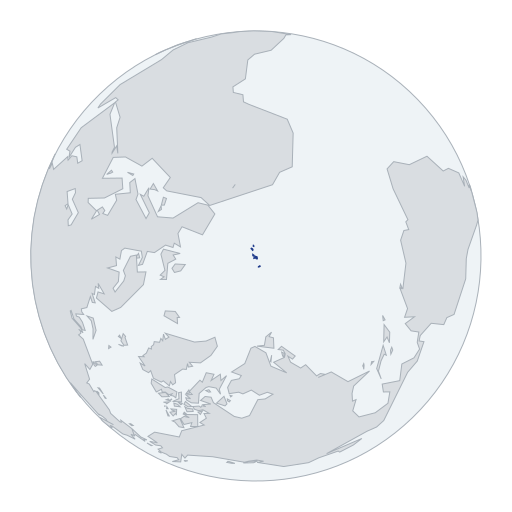 the Earth from above Azores, rotated 226°
{"feature_id": "PRT-735", "entity_name": "Azores", "entity_type": "Autonomous region", "adm_level": 1, "iso_a3": "PRT", "parent_name": "Portugal", "parent_adm1": "", "projection": "orthographic", "projection_center": [-27.949, 38.331], "detail": "medium", "context": "on_globe", "style": "filled", "palette": "blue", "viewbox_px": 512, "rotation_deg": 226, "n_neighbors": 0, "source": "natural_earth", "source_scale": "10m", "svg_char_len": 10864}
<svg xmlns="http://www.w3.org/2000/svg" viewBox="0 0 512 512"><g transform="rotate(226 256 256)"><circle cx="256" cy="256" r="225" fill="#eef3f6" stroke="#a8b0b8"/><path d="M133.9,445.3L127.6,440.6L125.1,436.3L113.5,413.1L108.0,405.4L93.9,391.0L76.4,357.9L79.1,350.5L76.2,343.4L85.9,335.3L84.7,318.9L81.6,314.3L77.7,317.3L68.4,299.0L67.0,284.3L48.9,233.6L49.2,224.0L52.8,214.2L64.8,169.5L51.2,205.4L52.4,194.8L56.8,180.0L58.6,179.6L67.2,161.0L70.8,150.3L85.3,129.7L106.8,113.4L103.1,118.9L108.7,114.8L113.7,107.9L115.7,104.4L141.7,85.4L160.3,68.5L160.0,64.5L164.9,64.8L160.2,58.8L166.3,53.0L163.1,58.9L165.7,59.2L171.8,54.6L175.7,53.9L180.9,51.6L185.1,51.4L183.0,55.5L185.6,55.7L189.7,52.5L196.5,50.8L190.1,55.3L201.3,53.0L199.7,60.7L179.1,75.1L181.9,81.2L170.4,101.3L175.2,100.0L173.8,107.6L178.8,109.2L175.3,113.0L182.3,111.0L184.6,107.3L188.5,105.3L191.6,106.0L187.6,110.8L185.5,111.2L185.9,113.0L182.6,115.2L186.0,114.5L180.9,120.7L190.6,115.8L190.3,121.8L185.6,125.6L180.1,123.5L155.7,128.9L149.2,133.1L145.7,140.5L151.4,157.5L146.8,163.3L144.8,172.2L150.1,169.5L153.5,161.7L162.8,159.5L165.9,150.8L170.1,148.9L175.6,141.1L181.2,144.3L183.6,151.9L179.3,158.7L180.2,162.4L189.5,157.9L186.4,173.2L193.2,188.3L191.7,192.4L179.5,195.9L166.4,190.2L150.6,196.9L167.3,194.9L163.3,206.0L165.3,209.1L169.3,210.2L173.3,207.0L173.3,211.6L156.8,214.7L156.5,210.6L161.8,209.4L155.6,207.1L144.4,210.3L143.3,216.2L127.7,216.3L126.7,220.7L122.7,223.6L125.4,216.4L120.3,229.6L101.7,234.9L94.4,257.8L94.6,235.9L90.4,229.6L84.6,224.6L83.2,228.2L77.4,218.0L68.7,218.3L60.4,232.9L58.4,248.6L65.3,257.9L69.7,253.2L76.2,257.8L66.5,272.8L77.0,285.9L73.0,298.9L75.4,309.0L81.9,312.0L88.2,320.3L94.4,315.6L103.7,316.4L102.2,327.8L108.7,320.3L112.9,328.5L132.4,337.0L130.5,339.0L146.7,358.9L166.9,371.0L171.6,380.1L168.9,384.2L176.5,387.5L176.6,390.5L209.1,401.3L227.6,410.8L228.2,420.6L215.2,429.7L209.0,448.3L187.1,449.7L185.4,455.3L174.9,459.6L161.2,454.5L169.1,460.0L164.7,459.7L156.9,456.6L159.0,458.6L153.4,456.0L159.6,459.3L156.9,458.3L133.9,445.3ZM91.2,264.6L103.4,285.4L94.1,280.8L96.3,280.0L93.7,273.1L88.1,264.1L80.6,260.7L91.2,264.6ZM102.0,257.5L99.6,254.8L102.2,256.5L102.0,257.5ZM115.9,103.1L113.4,107.9L107.5,114.7L109.0,110.6L115.9,103.1ZM127.8,91.6L127.8,93.3L121.5,96.8L123.5,94.7L127.8,91.6ZM158.9,62.1L156.1,64.7L157.4,62.5L158.9,62.1ZM180.9,51.3L180.4,50.8L183.3,49.8L180.9,51.3ZM172.2,139.9L173.9,140.5L172.0,141.6L172.2,139.9ZM173.1,136.1L169.7,137.1L169.6,135.4L171.7,134.9L173.1,136.1ZM192.4,48.8L197.2,47.7L191.9,49.5L192.4,48.8ZM177.3,135.5L169.8,132.4L169.7,129.6L177.6,125.4L177.3,135.5ZM199.7,47.4L211.4,45.1L211.3,43.7L218.1,46.8L205.9,47.4L199.5,49.8L201.7,47.9L199.7,47.4ZM184.0,105.8L181.7,109.8L180.7,105.9L184.0,105.8ZM182.4,103.8L173.8,95.7L178.8,90.5L180.7,94.1L184.8,87.2L191.4,88.7L190.6,92.8L186.1,95.7L192.1,94.1L182.4,103.8ZM220.0,49.1L222.5,49.4L219.4,49.9L220.0,49.1ZM189.9,104.2L187.8,102.8L191.9,98.2L197.0,100.1L194.0,100.9L189.9,104.2ZM182.6,84.9L186.6,82.0L193.0,82.3L195.5,81.3L192.0,88.3L182.6,84.9ZM194.7,102.4L199.5,101.2L200.4,104.2L192.3,105.2L194.7,102.4ZM190.8,96.2L193.0,94.2L193.5,95.9L190.8,96.2ZM206.3,114.6L203.6,112.7L205.6,110.1L206.3,114.6ZM201.2,100.6L200.9,99.6L201.4,98.5L204.6,98.4L201.2,100.6ZM196.8,88.1L198.6,89.0L198.5,85.3L203.4,85.6L200.2,90.3L203.6,88.5L205.1,88.6L200.8,92.4L196.8,88.1ZM209.3,94.9L206.9,101.5L211.5,105.4L209.9,107.8L202.8,101.2L209.3,94.9ZM204.7,93.0L207.2,94.7L203.9,96.6L200.2,96.7L204.7,93.0ZM207.8,84.3L201.2,82.5L202.1,81.6L207.8,84.3ZM211.3,95.6L211.8,94.0L212.0,95.7L211.3,95.6ZM209.6,87.2L207.2,86.7L208.3,85.6L209.6,87.2ZM215.0,91.5L214.2,93.6L211.6,93.6L215.0,91.5ZM213.0,89.2L215.2,87.9L211.2,92.4L211.7,89.1L213.0,89.2ZM211.1,86.3L210.9,85.5L211.9,86.7L211.1,86.3ZM225.1,90.5L220.7,96.1L215.1,96.0L220.1,90.5L225.1,90.5ZM244.6,31.0L247.7,31.8L233.7,36.3L240.4,34.1L242.6,34.7L247.2,34.2L251.7,33.0L250.0,32.7L275.8,33.6L293.9,34.5L283.7,32.8L281.5,32.2L283.8,32.4L300.3,35.1L316.6,39.0L332.5,44.1L348.1,50.4L363.1,57.8L377.5,66.3L391.2,75.8L404.2,86.4L416.4,97.8L427.7,110.2L438.1,123.3L447.4,137.2L455.7,151.8L462.9,166.9L469.0,182.5L468.2,180.6L462.2,167.8L464.2,173.9L458.9,170.6L458.3,189.5L455.5,187.4L456.0,193.2L451.8,196.0L446.6,192.2L445.3,197.1L458.5,206.8L459.6,201.6L456.8,189.8L460.6,195.0L464.3,194.0L469.7,219.4L464.4,260.8L459.4,249.4L432.5,229.7L430.8,224.8L430.5,224.4L429.9,223.8L432.0,232.3L425.8,227.9L445.0,244.9L450.2,254.6L464.4,261.9L464.1,265.3L467.4,265.1L472.3,245.1L473.3,249.6L473.7,277.4L462.9,324.5L461.8,339.5L456.7,355.2L444.4,376.0L439.9,385.3L432.7,394.6L428.5,400.5L419.5,410.8L406.7,423.2L390.9,435.0L394.3,431.1L393.2,427.2L393.5,409.8L402.2,395.1L402.7,386.3L390.8,371.4L393.7,356.9L389.4,353.3L381.1,358.6L375.6,354.1L370.1,356.2L332.7,373.5L318.6,368.1L295.0,344.0L299.8,331.1L295.8,317.4L324.5,257.8L336.1,257.1L364.9,237.0L369.5,236.7L372.0,248.9L398.4,249.2L399.9,236.4L417.9,230.9L426.1,221.8L418.6,199.5L405.1,213.8L396.9,206.9L403.0,187.3L414.0,175.4L411.1,172.4L399.3,172.7L396.8,163.1L394.6,172.3L399.2,173.6L398.0,179.6L393.7,178.8L393.0,175.3L388.3,177.5L392.9,194.5L398.1,197.7L388.8,209.5L396.5,216.2L395.8,222.7L382.5,214.1L380.0,208.9L359.3,202.9L361.2,209.3L380.7,215.6L376.9,216.8L379.5,226.4L374.4,220.1L352.6,212.4L340.9,222.7L334.6,251.3L326.0,256.7L314.8,255.6L308.4,232.2L328.4,223.1L326.4,215.5L315.0,208.0L322.0,206.1L319.8,202.2L326.7,198.5L329.0,185.3L334.8,181.0L328.8,168.6L330.9,164.9L333.9,173.2L339.1,176.9L352.8,167.1L353.4,163.0L348.3,155.9L352.7,154.5L346.0,149.0L350.5,140.9L339.5,146.4L333.2,139.2L332.1,130.8L328.0,129.6L329.9,143.5L332.5,148.3L337.8,150.6L343.0,165.5L339.8,170.6L326.9,159.5L321.0,165.8L313.6,155.1L313.0,122.9L316.3,113.8L336.6,112.0L339.9,117.4L334.2,120.5L346.0,123.4L341.9,120.4L345.6,119.4L340.5,113.0L342.9,112.1L334.0,107.8L336.3,106.0L341.9,108.7L336.4,98.5L339.3,93.7L336.9,91.9L333.6,91.4L339.5,86.2L337.5,85.1L334.8,86.4L329.0,85.2L321.1,81.4L323.6,79.8L326.8,80.9L337.2,81.3L345.3,85.2L345.5,84.2L339.1,80.5L326.4,79.9L320.9,78.2L326.5,77.6L324.0,77.6L322.1,76.3L322.5,73.6L316.2,74.0L291.5,63.3L289.8,57.7L297.6,58.0L283.0,50.7L282.3,46.1L279.8,47.1L271.1,45.1L271.2,46.4L269.3,46.8L247.1,43.6L243.8,42.1L231.3,42.9L230.0,43.6L231.8,44.7L218.1,46.8L211.3,43.7L214.6,42.2L208.2,41.8L216.6,38.8L220.5,36.6L233.5,34.4L235.5,33.3L232.7,33.3L233.3,32.3L242.8,31.1L244.6,31.0ZM321.1,286.3L321.9,290.7L321.9,290.8L321.1,286.3ZM430.1,172.8L433.6,164.9L424.2,157.1L424.8,153.6L421.3,152.5L423.5,156.6L413.9,152.9L412.6,145.9L408.2,142.0L406.8,144.6L410.6,158.3L424.4,163.3L426.9,170.1L430.1,172.8ZM133.1,337.2L135.3,340.4L132.0,339.1L133.1,337.2ZM91.7,284.8L94.8,287.3L96.1,290.3L93.4,289.1L91.7,284.8ZM121.1,302.6L125.3,305.8L120.4,304.5L121.1,302.6ZM105.6,288.3L117.7,300.5L108.3,299.3L100.9,291.7L106.7,294.0L105.6,288.3ZM98.0,263.4L99.7,265.7L98.4,267.5L98.0,263.4ZM103.8,258.8L103.0,258.4L102.6,255.9L103.8,258.8ZM164.2,205.8L165.6,205.7L169.1,207.7L166.4,208.6L164.2,205.8ZM191.0,206.9L190.4,214.3L188.9,209.4L185.0,211.7L177.2,204.8L190.5,194.1L185.9,200.0L191.0,206.9ZM170.4,193.2L173.8,198.4L169.5,193.2L170.4,193.2ZM300.8,185.9L305.5,187.0L306.4,192.3L299.0,199.2L297.6,191.5L300.8,185.9ZM312.0,187.5L301.3,175.3L305.5,171.0L304.9,175.4L308.8,173.8L308.9,180.5L323.4,188.9L325.2,194.2L310.5,203.2L314.3,197.1L309.5,196.1L312.0,187.5ZM266.5,156.6L261.9,152.6L276.9,148.3L279.5,152.6L272.2,159.4L264.9,158.3L266.5,156.6ZM192.5,129.2L189.8,128.9L190.9,127.4L194.1,126.4L192.5,129.2ZM204.9,113.9L205.6,129.4L202.5,129.7L206.6,139.1L200.1,143.6L197.6,137.3L195.7,148.2L190.8,144.3L190.4,151.7L185.7,137.1L181.2,134.5L188.7,135.6L194.8,131.3L196.1,128.7L196.6,119.6L190.1,112.4L195.2,107.6L200.5,106.0L202.8,107.0L198.8,109.8L204.8,109.1L200.7,113.9L204.9,113.9ZM259.5,98.3L253.9,99.8L265.3,101.7L261.3,105.5L262.9,105.5L262.3,109.7L264.4,114.9L261.7,116.2L263.6,117.7L263.3,120.7L265.1,123.3L260.9,126.7L262.8,130.3L259.8,130.0L264.1,135.2L259.0,132.9L258.1,137.0L263.5,137.1L236.8,152.0L229.5,161.0L226.1,170.0L217.9,165.5L215.8,154.5L217.7,141.8L225.9,134.2L220.7,133.8L223.1,130.2L226.2,132.0L222.8,127.1L225.6,124.7L227.3,115.0L220.7,110.1L221.2,106.6L225.1,107.3L222.8,103.5L230.6,102.6L231.1,100.3L239.3,97.3L246.7,100.6L246.7,97.7L252.9,95.7L259.5,98.3ZM227.5,89.8L237.3,92.2L239.9,95.6L224.5,99.3L223.0,101.6L213.2,104.7L209.7,99.8L212.8,99.3L215.0,97.7L215.2,99.9L216.7,97.0L221.0,96.3L223.3,94.0L225.8,95.4L227.5,89.8ZM371.1,230.4L374.0,229.3L377.7,226.3L379.4,232.5L371.1,230.4ZM356.3,225.4L358.4,223.3L362.6,230.2L359.6,231.6L356.3,225.4ZM355.9,216.7L358.1,222.7L355.2,220.3L355.9,216.7ZM335.5,171.1L337.3,168.7L338.9,170.1L339.5,173.3L335.5,171.1ZM292.4,106.5L288.7,106.3L288.4,105.2L281.1,101.8L283.5,99.0L288.8,99.9L292.4,106.5ZM418.4,205.3L418.1,211.6L415.9,211.2L416.5,209.1L418.4,205.3ZM399.5,223.3L405.5,221.7L399.9,225.0L399.5,223.3ZM293.8,102.9L290.5,101.7L293.7,101.1L293.8,102.9ZM284.8,96.9L288.0,95.7L282.9,98.3L284.8,96.9ZM453.6,364.3L453.7,364.1L462.2,345.9L467.2,334.0L470.8,323.3L469.4,328.2L462.3,346.6L453.6,364.3ZM309.3,80.8L316.8,88.2L323.8,92.5L330.2,92.8L324.4,95.8L313.6,89.3L309.3,80.8ZM293.5,65.4L287.9,65.7L288.1,63.9L289.4,63.6L293.5,65.4ZM291.7,66.8L289.0,70.4L284.4,69.5L287.4,66.8L291.7,66.8ZM291.8,85.7L293.8,88.0L291.2,88.4L291.8,85.7ZM281.2,32.1L280.2,32.2L277.4,32.1L276.1,31.6L281.2,32.1ZM223.2,48.4L222.5,49.3L221.3,48.6L223.2,48.4ZM269.6,47.6L266.9,48.0L265.6,46.9L269.6,47.6ZM258.6,48.7L262.0,49.6L257.3,49.3L258.6,48.7ZM269.7,51.7L262.8,50.3L270.9,50.8L269.7,51.7Z" fill="#d9dde1" stroke="#a8b0b8" stroke-width="1"/><path d="M264.5,257.7L264.7,257.8L264.7,258.0L264.0,258.3L263.7,258.3L263.4,258.3L263.3,258.2L263.0,258.2L262.6,258.0L262.5,257.8L262.5,257.6L262.8,257.6L263.0,257.7L263.0,257.8L263.4,257.9L263.6,257.8L264.1,257.7L264.5,257.7ZM255.5,255.5L255.3,255.7L255.1,255.8L255.0,255.7L254.9,255.7L254.5,255.7L254.4,255.7L254.2,255.5L254.2,255.4L254.2,255.2L254.4,255.1L254.7,255.1L255.2,255.5L255.5,255.5ZM258.9,254.6L258.7,254.6L258.7,254.8L258.4,254.8L258.3,254.7L258.2,254.8L258.1,254.7L257.9,254.7L257.7,254.3L257.8,254.2L258.0,254.1L258.5,254.2L258.7,254.3L258.8,254.4L258.8,254.5L258.9,254.6ZM256.2,254.9L256.5,255.1L256.3,255.2L256.1,255.1L255.9,255.0L255.7,255.0L255.6,254.9L255.3,254.8L255.2,254.7L254.9,254.4L255.0,254.4L255.7,254.7L256.2,254.9ZM246.1,251.2L246.3,251.2L246.3,251.3L246.3,251.5L246.2,251.8L245.9,251.8L245.9,251.6L245.9,251.4L246.0,251.2L246.1,251.2ZM254.0,254.9L254.0,255.1L253.9,255.2L253.9,255.3L253.8,255.2L253.6,255.3L253.5,255.2L253.3,255.0L253.3,254.9L253.5,254.9L253.9,254.9L254.0,254.9ZM265.0,261.0L265.2,261.3L264.9,261.3L264.7,261.3L264.6,261.1L264.8,261.0L265.0,261.0ZM255.9,253.3L255.7,253.2L255.8,253.0L256.0,253.2L256.0,253.3L255.9,253.3ZM246.4,250.3L246.5,250.4L246.5,250.5L246.4,250.6L246.3,250.4L246.4,250.3Z" fill="#3b82f6" stroke="#1e3a8a" stroke-width="1.5"/></g></svg>